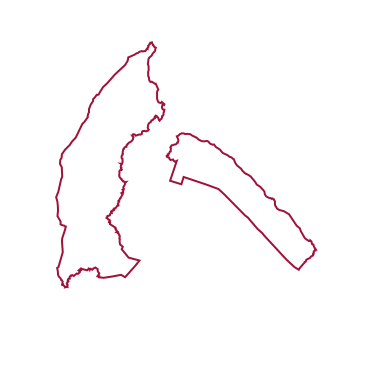 Sarangani, Sarangani, Philippines, rotated 198°
{"feature_id": "2640588B5697622806390", "entity_name": "Sarangani", "entity_type": "district", "adm_level": 2, "iso_a3": "PHL", "parent_name": "Philippines", "parent_adm1": "Sarangani", "projection": "natural_earth1", "projection_center": [125.142, 6.055], "detail": "fine", "context": "isolated", "style": "outline", "palette": "rose", "viewbox_px": 384, "rotation_deg": 198, "n_neighbors": 0, "source": "geoboundaries", "source_scale": "gbopen_adm2", "svg_char_len": 6031}
<svg xmlns="http://www.w3.org/2000/svg" viewBox="0 0 384 384"><g transform="rotate(198 192 192)"><path d="M229.3,90.3L222.9,104.9L220.8,110.6L232.0,110.0L241.2,115.9L240.9,118.5L244.3,120.0L245.2,121.7L246.1,124.4L246.0,124.7L246.8,125.5L246.8,127.0L247.6,128.5L248.2,128.6L249.0,129.9L249.7,130.0L249.6,130.3L250.4,131.0L251.2,130.7L251.0,131.1L251.4,131.4L251.1,131.6L251.9,131.9L252.3,132.5L253.0,132.7L253.2,133.6L253.7,133.7L253.7,134.4L260.1,136.1L260.4,137.5L261.1,137.5L261.0,138.3L261.6,138.0L261.6,139.8L263.4,140.1L263.9,140.7L265.3,140.9L265.4,141.5L264.9,142.3L265.0,143.1L264.2,143.4L262.9,144.5L263.1,145.8L262.3,147.2L261.8,147.3L262.2,148.1L262.9,148.2L263.0,148.4L262.5,149.3L261.5,149.6L261.4,151.1L260.5,151.0L260.8,152.4L260.2,152.6L259.4,153.6L259.1,155.3L257.8,156.4L257.9,157.0L258.7,157.3L258.9,157.7L258.4,160.4L259.1,160.4L259.3,160.7L258.4,162.5L258.6,163.5L258.0,164.2L257.5,167.6L257.2,168.5L257.4,168.9L258.6,168.9L258.8,169.4L257.3,170.2L258.0,171.8L257.8,172.6L258.6,172.8L257.8,174.0L258.6,174.8L258.8,175.6L258.2,177.8L258.4,180.1L257.9,181.1L258.9,180.6L260.8,181.2L260.9,180.9L262.5,181.8L263.1,182.7L263.7,182.6L265.9,184.2L266.0,185.0L266.4,185.3L266.9,187.9L267.5,189.3L267.3,190.3L266.4,191.0L265.9,191.0L265.7,191.7L266.8,192.4L266.9,192.8L266.7,193.2L267.2,193.4L267.6,194.1L267.8,196.7L268.4,196.9L267.2,197.2L267.3,199.3L268.2,201.5L268.6,201.0L268.3,201.7L269.5,202.7L269.9,203.8L270.0,204.6L269.6,205.3L269.9,206.5L269.5,206.9L270.2,208.2L270.6,211.5L270.1,211.9L270.2,212.5L269.6,214.0L268.6,214.7L269.2,215.2L268.6,215.0L268.6,216.3L268.3,216.4L268.1,217.9L267.8,218.0L267.3,219.3L265.5,221.1L264.6,223.1L264.4,224.1L264.7,225.3L264.6,226.1L265.8,226.6L265.8,227.3L266.1,227.4L265.9,227.5L266.0,228.5L265.6,228.9L264.0,228.9L262.9,228.2L260.0,230.4L258.8,230.6L257.7,231.7L258.1,233.6L257.8,234.6L255.9,235.5L254.4,235.5L252.7,236.9L252.4,237.9L252.8,238.1L253.9,239.3L254.4,241.8L254.3,243.7L253.8,244.8L252.9,245.5L252.7,247.6L251.6,248.1L251.4,249.2L250.6,250.1L250.7,252.2L250.2,253.1L249.9,252.7L249.9,253.2L249.1,253.3L248.8,252.7L247.3,252.4L245.7,250.3L244.9,249.8L244.3,251.5L243.6,252.2L243.5,253.3L243.9,254.9L243.2,255.7L243.0,256.8L243.5,258.3L243.4,260.4L244.1,261.3L244.0,261.6L244.8,261.4L245.4,261.7L246.4,262.6L246.9,263.6L247.0,264.6L246.8,264.9L247.0,265.7L246.5,265.9L246.3,266.8L245.4,266.4L245.4,267.0L248.5,268.3L248.6,267.5L249.3,267.0L251.5,266.9L252.1,267.5L253.2,268.6L254.2,270.4L256.0,275.9L256.2,277.3L255.7,279.0L260.0,283.8L260.9,283.5L264.3,284.5L265.2,283.9L266.3,284.1L267.3,285.3L268.5,287.8L269.3,288.4L270.8,292.4L270.9,294.5L272.1,298.1L273.5,300.0L274.4,305.0L274.2,306.6L272.5,309.3L272.2,311.5L270.7,314.8L271.0,315.8L271.0,318.1L272.5,318.2L273.9,319.5L274.0,319.3L274.5,319.5L276.4,321.9L277.1,321.1L277.7,321.1L277.7,320.2L278.0,320.2L278.3,318.7L278.9,317.4L278.2,316.6L278.8,315.2L278.4,314.3L279.2,314.2L279.8,311.8L282.1,310.5L283.3,310.5L285.4,309.0L286.6,307.3L287.6,306.8L288.9,305.0L294.2,300.3L293.7,297.1L294.8,292.3L301.8,279.6L306.2,269.3L309.0,264.3L310.4,258.8L310.9,255.8L311.6,255.3L312.6,255.1L313.9,251.2L314.7,250.0L314.2,247.5L315.3,244.1L315.6,239.1L314.6,235.9L314.9,234.0L314.7,231.9L314.2,231.1L316.2,224.8L317.3,223.1L319.4,207.7L321.7,202.9L322.8,198.9L325.8,193.0L327.4,187.8L326.6,184.2L327.2,181.8L326.2,177.9L323.5,175.3L320.2,166.6L320.4,163.5L319.2,150.9L319.6,145.1L317.2,141.5L315.5,137.8L313.7,133.0L312.5,127.5L307.9,123.4L307.0,120.6L305.0,120.3L303.1,120.5L301.3,119.9L301.4,121.1L301.1,116.6L301.1,107.6L300.5,105.1L296.3,94.8L295.8,79.2L296.8,78.1L295.0,74.9L293.9,72.0L292.6,70.5L290.4,69.3L289.1,67.8L288.6,67.9L287.3,66.8L287.3,65.9L286.6,65.0L287.0,65.0L287.0,63.6L284.1,63.1L283.2,62.5L283.2,62.1L282.8,62.3L282.6,62.8L281.0,63.1L281.6,64.3L281.5,65.1L282.1,65.3L282.9,66.5L282.4,67.4L282.5,68.0L281.9,68.7L282.4,69.2L282.4,69.6L282.8,69.3L282.9,69.9L282.8,70.9L282.4,70.9L282.2,71.8L281.5,72.0L282.1,73.2L281.7,74.6L281.2,74.6L281.2,75.3L280.1,76.0L278.6,75.5L276.5,78.8L275.3,78.8L274.0,80.8L274.5,81.2L273.6,82.9L275.3,82.7L274.0,85.0L272.8,84.8L267.5,85.1L266.9,86.1L266.7,87.3L265.7,87.2L265.3,86.7L265.3,87.1L264.8,87.2L264.7,87.6L262.8,87.3L262.1,88.9L260.6,90.3L257.9,89.5L257.1,87.4L255.0,85.9L255.7,83.1L255.3,83.3L254.8,83.1L254.2,83.2L254.3,82.1L249.5,83.1L241.7,87.0L233.9,91.3L229.3,90.3ZM227.2,218.5L227.1,218.1L226.2,217.5L224.4,217.6L223.3,216.2L222.2,215.9L220.0,217.0L218.8,215.9L217.6,215.6L216.1,216.9L216.3,195.9L204.5,196.1L204.6,203.7L180.9,203.5L167.7,203.0L160.5,199.7L134.1,186.0L131.2,185.1L118.2,177.1L112.6,174.7L110.1,173.0L81.5,157.0L71.2,152.2L66.4,151.1L66.3,152.3L63.2,159.6L63.2,160.2L62.3,160.9L62.5,162.4L61.4,164.0L59.5,165.5L59.3,166.5L58.5,167.9L57.3,169.0L57.6,170.0L57.2,170.7L57.7,170.9L57.5,172.2L57.8,172.6L57.5,173.8L56.8,174.3L57.2,174.5L56.7,175.3L57.0,175.6L56.6,175.7L58.9,177.5L60.3,179.2L60.3,179.5L61.9,179.7L63.1,181.9L64.5,182.5L64.4,182.0L65.6,181.5L69.3,182.5L70.7,183.2L76.5,188.5L78.2,190.8L82.1,192.3L92.8,200.8L98.5,202.1L103.7,201.9L105.9,202.5L108.9,205.1L109.8,207.2L109.9,208.0L110.5,209.0L111.5,209.7L111.6,210.2L113.3,210.7L114.0,210.1L114.4,210.2L114.4,210.5L117.1,210.2L120.0,210.7L121.9,212.2L123.3,214.8L124.6,215.7L128.6,218.0L132.8,219.1L135.0,221.1L141.0,224.9L143.9,225.7L147.1,226.2L147.2,226.5L147.2,226.2L148.1,226.5L150.6,227.8L152.5,229.3L157.5,231.2L159.9,233.1L162.4,236.1L163.2,236.2L165.1,237.1L167.4,237.1L169.4,238.0L174.9,238.6L178.6,241.0L183.3,242.2L185.7,244.0L186.9,243.4L189.2,243.5L190.2,243.8L191.9,245.0L193.4,245.2L196.4,243.8L198.6,243.4L201.9,243.9L204.6,245.2L205.5,245.0L206.3,245.4L208.9,245.6L211.4,246.4L214.2,245.9L216.4,245.0L217.7,245.2L219.7,244.7L221.4,243.3L222.6,241.1L223.6,240.3L221.3,237.6L220.8,236.5L220.9,235.0L221.2,234.6L221.0,234.4L221.4,234.2L221.5,233.3L222.2,232.2L223.8,231.5L224.9,230.4L225.8,230.1L226.4,227.7L225.7,227.3L224.8,224.0L225.5,223.5L226.0,219.5L226.2,219.2L226.6,219.5L226.5,218.8L227.2,218.5Z" fill="none" stroke="#9f1239" stroke-width="2"/></g></svg>